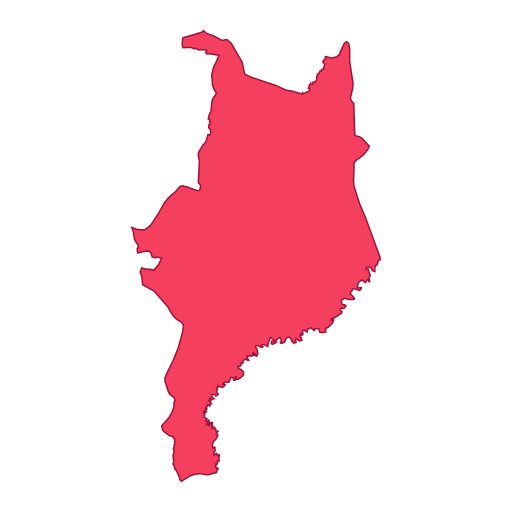 the district of Uthumphon Phisai, Si Sa Ket, Thailand
{"feature_id": "78962969B73253531385029", "entity_name": "Uthumphon Phisai", "entity_type": "district", "adm_level": 2, "iso_a3": "THA", "parent_name": "Thailand", "parent_adm1": "Si Sa Ket", "projection": "robinson", "projection_center": [104.158, 15.11], "detail": "fine", "context": "isolated", "style": "filled", "palette": "rose", "viewbox_px": 512, "rotation_deg": 0, "n_neighbors": 0, "source": "geoboundaries", "source_scale": "gbopen_adm2", "svg_char_len": 6043}
<svg xmlns="http://www.w3.org/2000/svg" viewBox="0 0 512 512"><path d="M182.8,37.8L182.2,43.6L182.4,46.4L183.1,47.7L191.0,47.4L194.3,48.9L195.3,48.0L198.1,49.8L205.3,49.8L206.7,50.5L205.6,52.6L207.0,53.9L210.4,53.9L219.0,55.3L215.7,63.1L213.8,66.5L211.7,74.8L212.5,85.1L213.8,88.8L216.1,92.7L216.2,93.8L213.2,97.9L211.9,101.4L211.0,111.3L209.4,114.3L208.4,117.9L208.9,118.3L208.4,119.3L210.2,120.2L209.5,122.4L210.1,122.8L210.0,124.3L209.8,124.8L209.0,124.7L208.6,127.7L209.3,127.9L209.5,129.0L210.5,129.3L210.7,132.3L209.9,135.1L208.0,134.6L206.2,140.8L204.5,143.7L203.3,144.4L198.5,152.4L198.2,155.3L199.4,160.9L198.3,182.8L199.2,183.2L200.6,185.6L200.0,189.5L198.6,190.6L196.9,190.6L186.6,186.7L184.5,186.6L183.2,185.8L180.1,186.3L175.4,191.8L169.5,196.7L164.7,202.4L158.6,213.1L151.9,223.4L149.6,226.2L144.8,229.8L137.2,229.5L131.8,227.4L133.4,231.9L134.4,239.3L138.5,246.1L137.2,248.9L137.6,253.0L144.2,251.4L149.2,251.2L150.9,252.8L152.2,257.0L155.6,257.9L156.1,256.8L161.6,258.2L158.7,264.3L153.7,270.3L150.5,269.2L150.2,269.7L148.2,269.1L145.5,269.1L141.7,267.9L140.2,272.0L141.7,276.6L142.7,284.8L154.0,291.0L168.0,307.0L170.9,312.4L174.4,317.2L176.8,319.4L181.5,322.2L183.2,324.6L183.4,326.4L182.4,332.8L178.1,348.3L172.9,361.1L167.3,372.2L165.0,377.8L165.0,381.2L168.4,391.8L169.8,394.2L173.6,397.2L175.1,399.8L173.9,402.8L174.0,406.4L172.1,412.1L169.0,417.5L161.7,425.8L162.4,429.3L163.5,431.2L169.2,435.6L172.4,436.4L174.5,439.0L174.8,443.3L174.0,445.1L174.4,446.3L173.3,448.6L174.2,451.0L172.9,456.0L173.6,457.2L173.2,458.4L173.6,459.9L173.5,462.9L173.0,463.7L173.3,464.8L174.0,465.2L174.8,469.1L175.5,469.2L176.4,470.9L178.4,474.5L178.4,475.6L179.6,477.0L179.7,479.3L181.2,481.3L190.5,475.7L194.6,474.3L199.8,473.7L207.7,474.8L216.2,472.7L216.8,471.1L216.5,469.6L217.9,469.6L218.1,468.7L217.6,468.0L215.1,466.7L216.0,465.5L215.5,464.1L216.9,464.2L217.4,463.7L217.6,462.6L217.2,461.3L219.2,460.9L218.8,458.5L219.4,455.2L218.9,454.5L218.2,455.6L217.5,455.7L216.6,453.4L214.0,455.1L214.0,452.3L215.1,450.9L214.9,447.3L214.3,447.0L212.9,448.1L212.0,445.3L214.1,440.6L215.5,439.7L216.9,437.7L216.9,436.7L217.6,436.2L217.7,434.8L216.2,433.5L218.0,431.3L215.8,430.8L215.8,429.2L214.8,429.1L215.0,428.2L213.9,427.0L212.3,428.4L211.8,426.9L212.5,425.5L211.5,425.0L212.6,423.7L212.4,422.5L210.6,422.6L210.7,423.4L209.9,423.9L209.2,425.5L208.7,425.2L209.1,423.6L206.5,424.9L206.7,424.0L209.1,422.3L209.0,420.5L208.2,419.9L208.3,421.6L207.6,422.3L206.8,421.2L205.7,421.2L206.7,418.7L204.4,417.2L204.7,414.5L203.6,412.8L203.9,412.1L205.6,412.7L206.5,411.4L206.1,410.9L204.6,411.7L204.1,410.9L206.9,409.0L206.7,408.4L205.7,408.5L205.3,408.1L207.1,406.6L207.3,405.1L207.8,404.8L209.8,406.0L210.0,404.2L211.3,403.9L210.4,401.8L208.6,400.8L209.5,399.6L209.7,398.3L210.6,398.5L210.9,400.5L213.0,398.9L214.1,398.7L212.3,397.4L211.3,395.2L212.3,394.6L215.0,394.5L215.9,396.1L218.3,394.4L216.6,391.8L217.4,389.4L216.4,387.7L218.1,387.2L218.1,385.5L220.3,387.0L222.3,387.4L224.3,386.1L225.2,384.8L224.8,384.1L222.9,384.4L223.1,383.2L225.8,381.6L227.2,382.3L228.7,382.2L231.0,377.3L233.2,377.9L233.7,380.3L234.6,380.5L235.8,379.5L235.3,377.7L235.7,376.7L236.5,377.1L236.6,379.2L238.3,379.3L242.6,376.0L243.7,374.1L243.4,371.8L240.5,369.2L238.5,368.5L238.1,366.4L239.5,366.6L241.0,365.2L240.8,363.3L243.0,363.0L243.0,360.9L243.6,360.2L246.2,359.1L247.4,360.3L248.7,360.4L247.0,357.4L247.1,355.9L248.2,356.4L250.0,355.4L250.9,356.2L254.2,355.3L254.4,354.5L252.6,353.7L253.2,352.7L255.0,353.9L256.2,356.3L256.6,356.1L257.9,353.3L256.8,348.7L255.5,347.2L255.9,345.7L258.1,345.7L261.4,347.5L262.9,346.8L261.6,345.1L262.7,344.5L265.7,345.2L267.3,346.6L267.8,346.6L268.2,343.1L270.3,337.7L271.1,337.7L274.3,340.4L273.7,341.5L272.0,341.0L271.5,341.3L271.3,343.6L272.4,344.4L276.3,342.5L276.0,340.3L279.4,337.6L280.2,337.8L281.5,340.3L280.3,342.3L280.5,343.1L281.2,343.3L282.9,343.0L284.9,341.8L285.8,339.2L287.2,337.6L288.8,337.0L289.6,337.3L291.4,339.6L291.8,341.5L294.1,343.3L296.2,342.2L295.4,340.3L296.2,338.6L299.4,341.0L301.9,340.3L301.3,338.0L300.0,336.1L300.5,333.9L301.2,333.4L301.9,333.7L301.9,335.2L302.7,334.9L302.9,333.2L302.4,331.5L303.0,330.2L304.7,330.2L305.7,331.5L307.1,331.9L307.8,329.1L311.1,327.9L314.0,330.6L314.5,330.5L314.8,328.6L318.8,328.8L319.7,332.1L322.4,332.7L325.9,331.9L325.5,328.5L328.2,327.3L332.2,323.3L333.5,320.8L333.5,319.6L331.7,320.6L331.0,320.0L331.1,319.2L338.1,315.8L339.2,314.2L340.9,314.0L342.0,311.9L340.3,310.2L340.4,309.2L341.5,308.0L343.9,308.5L345.6,306.6L345.8,305.6L345.4,305.1L342.2,304.3L341.1,301.3L341.3,300.5L344.6,298.3L349.5,299.6L354.2,299.3L354.2,298.2L352.8,296.1L350.3,294.0L350.5,292.7L352.1,290.7L352.5,289.0L354.2,288.8L357.5,289.6L359.1,290.6L360.2,289.9L361.2,288.8L361.2,287.6L358.3,288.0L357.3,286.5L358.5,282.6L361.2,280.1L362.3,280.2L365.3,282.6L367.5,279.4L368.3,279.5L368.9,281.7L369.7,281.4L369.1,278.4L370.4,275.2L369.3,273.3L368.3,269.1L366.0,269.2L366.1,268.2L367.5,266.8L371.4,267.9L372.1,270.5L374.9,271.6L374.8,268.4L375.3,265.6L377.2,264.8L378.3,260.5L380.2,259.8L380.0,257.1L365.5,217.7L359.7,204.0L353.9,186.1L353.6,180.6L354.1,162.5L356.5,160.1L362.9,155.3L365.4,152.6L368.6,148.3L369.1,146.0L361.6,137.9L359.3,136.7L356.3,136.1L355.1,135.4L354.8,134.6L353.7,103.3L351.3,101.0L350.4,98.1L352.7,88.2L353.0,82.9L349.7,61.9L349.7,49.0L348.8,44.0L347.5,42.1L346.3,41.8L344.4,43.2L340.0,52.5L340.1,53.9L336.7,56.8L331.4,58.1L325.9,56.5L325.2,56.9L325.5,58.7L323.4,60.4L322.9,61.5L323.1,62.3L324.8,64.2L323.9,67.0L323.9,68.5L323.3,68.5L323.0,69.4L321.9,69.4L321.1,70.9L320.3,70.7L319.0,73.2L317.3,74.3L317.5,75.4L316.7,76.3L316.9,78.7L316.1,80.7L315.3,81.6L312.8,82.3L313.0,83.1L312.4,84.2L311.1,84.4L310.8,83.2L310.1,84.9L309.4,84.9L308.4,88.4L309.2,88.2L309.9,90.2L307.7,92.1L306.2,92.0L305.5,92.9L303.5,93.7L302.7,92.7L301.9,94.0L292.5,91.2L286.2,90.2L276.5,85.7L251.6,77.4L245.3,74.4L244.6,73.9L242.2,62.2L231.2,43.2L227.5,40.0L225.6,39.5L223.5,40.4L221.4,40.1L213.7,35.9L206.3,33.3L203.6,30.7L201.9,32.2L182.8,37.8Z" fill="#f43f5e" stroke="#9f1239" stroke-width="1.5"/></svg>